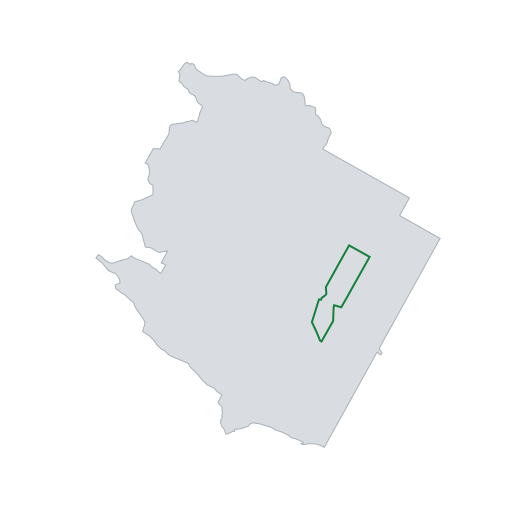 Dongola, Northern, Sudan shown in context, rotated 119°
{"feature_id": "16777658B3318260280309", "entity_name": "Dongola", "entity_type": "district", "adm_level": 2, "iso_a3": "SDN", "parent_name": "Sudan", "parent_adm1": "Northern", "projection": "robinson", "projection_center": [30.297, 19.219], "detail": "fine", "context": "in_parent", "style": "outline", "palette": "green", "viewbox_px": 512, "rotation_deg": 119, "n_neighbors": 0, "source": "geoboundaries", "source_scale": "gbopen_adm2", "svg_char_len": 4776}
<svg xmlns="http://www.w3.org/2000/svg" viewBox="0 0 512 512"><g transform="rotate(119 256 256)"><path d="M335.5,394.8L331.7,394.8L331.3,393.8L331.3,391.0L331.8,388.9L333.2,385.5L332.8,383.7L333.0,381.0L332.0,378.1L322.8,369.5L321.0,367.1L316.1,365.0L316.9,362.5L314.9,345.0L315.9,342.9L316.1,339.9L316.1,337.2L317.3,332.7L317.4,330.8L307.7,330.6L307.5,332.6L308.0,334.7L308.0,335.6L294.4,335.7L299.9,342.5L300.1,345.6L299.8,349.3L299.9,351.7L300.2,353.3L301.7,356.4L301.6,357.0L301.2,357.7L291.6,366.9L290.0,371.2L288.8,373.4L286.0,377.2L277.2,387.0L275.8,387.6L269.1,388.0L268.4,388.2L267.9,388.6L267.6,388.5L261.9,382.8L252.2,375.8L245.8,379.5L244.1,380.8L244.1,384.1L243.1,385.8L241.4,387.7L236.7,388.8L234.2,389.9L231.3,391.7L228.4,394.9L228.2,396.5L228.5,398.0L212.3,397.9L211.2,396.7L208.8,391.6L207.2,391.9L192.3,391.3L190.2,391.8L186.0,393.9L183.8,394.3L181.7,393.3L173.9,383.1L172.2,381.9L170.4,379.4L168.8,378.4L168.2,377.6L168.0,376.5L168.1,374.3L167.6,372.8L166.3,372.5L155.8,374.9L154.3,374.6L152.1,375.0L151.4,375.5L150.5,376.8L150.3,379.6L150.0,381.0L149.2,382.6L146.2,386.0L145.6,387.5L145.7,391.4L145.5,393.3L145.0,394.2L143.7,395.6L143.3,396.5L142.7,401.4L141.1,404.3L140.7,405.4L140.6,407.5L140.3,408.2L135.6,409.9L133.8,410.9L132.7,412.6L132.4,413.3L130.4,412.7L127.8,412.3L122.9,411.8L120.9,411.0L120.0,409.8L120.3,406.9L119.8,406.2L119.0,405.7L118.5,404.4L118.6,402.9L121.2,399.4L121.8,397.6L122.5,389.0L122.3,386.4L120.2,381.6L115.5,373.3L114.4,371.7L108.5,364.8L107.8,363.8L106.4,360.9L108.0,354.6L108.1,352.8L107.7,351.0L106.3,349.7L104.9,349.5L103.2,347.8L102.0,347.1L101.0,345.6L100.3,343.5L100.9,336.0L100.5,335.0L99.0,334.8L98.7,334.2L98.8,332.8L98.0,328.6L97.1,325.1L97.6,323.1L96.3,320.5L93.9,319.3L89.2,320.2L87.7,320.1L86.7,319.6L86.0,318.6L85.6,317.4L86.0,315.7L87.3,312.5L89.0,309.9L92.5,307.6L93.4,306.3L93.9,304.9L94.0,303.3L93.8,301.6L93.4,300.1L92.4,298.0L91.5,295.6L91.5,294.0L92.0,292.8L92.9,291.4L96.3,288.7L99.8,286.4L100.4,285.6L100.2,284.6L98.6,282.7L98.1,279.1L97.3,276.5L99.0,274.6L100.3,273.9L102.4,273.3L103.2,272.5L103.4,271.0L103.4,269.5L104.1,268.4L105.1,266.1L105.9,265.1L108.6,262.3L109.2,260.6L109.4,258.9L108.7,253.7L110.2,251.5L112.2,249.8L115.0,249.9L119.4,249.5L122.3,248.7L124.5,248.8L129.3,249.7L129.8,249.3L130.1,248.0L130.8,150.0L150.7,150.0L151.0,149.8L151.4,103.5L276.6,103.5L277.6,103.3L279.5,99.0L280.4,98.7L281.7,98.9L282.1,100.0L281.1,103.5L390.3,103.5L390.6,108.8L391.5,113.0L394.7,119.1L397.4,122.3L398.3,124.1L398.4,125.0L398.3,125.7L397.5,124.8L396.1,124.2L396.0,127.1L396.7,132.9L397.8,136.9L397.1,140.7L397.3,147.1L398.7,154.7L398.5,159.6L400.9,171.0L403.2,177.3L404.4,178.9L405.8,179.7L408.4,180.2L412.3,183.4L415.4,186.8L416.6,188.6L418.1,190.6L419.1,190.2L419.7,189.7L420.7,191.3L425.6,194.7L426.4,196.2L424.6,197.8L422.6,200.5L421.7,202.9L421.2,203.7L419.6,205.3L419.3,206.0L418.6,206.5L417.8,206.5L416.2,207.4L414.7,207.1L413.2,207.6L412.6,208.2L411.4,208.7L409.8,209.0L407.3,211.0L405.1,212.1L404.3,212.9L403.2,217.1L402.3,218.2L399.1,218.3L397.5,218.6L395.3,218.2L394.2,218.2L393.9,219.1L393.6,222.7L393.6,224.2L391.8,228.3L392.4,236.0L390.7,241.7L390.5,243.0L388.7,247.5L387.8,249.2L385.6,257.7L384.7,260.3L382.8,263.0L384.9,283.4L383.3,289.6L383.4,293.0L382.3,298.0L381.4,300.3L379.9,303.1L378.7,306.3L377.6,310.4L377.0,318.2L376.6,318.9L370.8,319.9L368.9,320.4L367.7,321.3L366.2,323.3L363.3,328.8L361.7,332.2L359.3,336.8L356.4,340.1L355.8,341.7L355.4,344.6L354.3,349.3L353.4,352.6L353.6,355.3L352.7,359.9L352.8,362.2L351.8,363.5L350.5,364.7L349.6,365.0L345.5,361.8L342.6,364.0L340.9,367.0L339.5,370.0L340.3,376.4L340.2,377.9L339.8,379.4L337.2,385.7L336.4,388.6L335.5,393.6L335.5,394.8Z" fill="#d9dde1" stroke="#a8b0b8" stroke-width="1"/><path d="M299.0,157.3L298.3,157.3L297.2,157.2L292.3,157.2L281.9,157.1L281.0,157.1L275.5,157.0L270.8,159.4L267.8,160.9L264.0,162.9L263.7,163.0L263.2,163.2L262.8,163.3L262.7,163.3L262.4,163.4L262.2,163.5L261.9,163.6L261.7,163.5L261.3,163.8L261.1,163.8L261.0,163.6L261.1,163.3L261.0,162.8L261.0,162.6L260.9,162.3L260.8,162.0L260.8,161.9L260.7,161.6L260.4,161.1L260.3,160.8L260.4,160.5L260.5,160.1L260.2,159.5L260.0,159.1L259.9,158.6L259.9,158.2L259.8,157.9L259.8,157.5L259.7,157.2L259.7,156.8L259.6,156.6L256.0,156.5L247.8,156.4L236.8,156.4L235.1,156.4L204.4,156.2L203.1,156.2L201.9,156.2L201.7,156.2L201.7,156.3L201.6,179.7L201.8,179.7L202.5,179.7L215.3,179.8L227.0,179.8L236.4,179.8L242.5,179.8L245.7,179.8L248.7,179.8L249.6,179.7L252.2,177.9L254.8,176.2L256.5,176.2L258.7,177.2L260.6,178.2L262.7,178.0L262.8,178.3L262.9,178.6L263.0,178.7L263.0,178.8L263.2,179.3L263.5,179.9L286.8,175.0L288.8,172.2L291.5,168.4L292.7,166.7L298.1,160.0L298.9,159.0L299.0,158.4L299.0,158.2L299.0,157.3L299.0,157.3Z" fill="none" stroke="#15803d" stroke-width="2"/></g></svg>